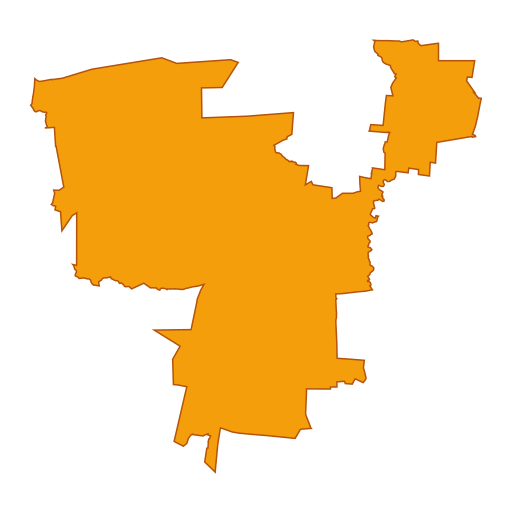 Rincón de Romos, Aguascalientes, Mexico (Albers equal-area conic projection)
{"feature_id": "50627088B44268197461016", "entity_name": "Rincón de Romos", "entity_type": "district", "adm_level": 2, "iso_a3": "MEX", "parent_name": "Mexico", "parent_adm1": "Aguascalientes", "projection": "albers", "projection_center": [-102.306, 22.248], "detail": "fine", "context": "isolated", "style": "filled", "palette": "amber", "viewbox_px": 512, "rotation_deg": 0, "n_neighbors": 0, "source": "geoboundaries", "source_scale": "gbopen_adm2", "svg_char_len": 5982}
<svg xmlns="http://www.w3.org/2000/svg" viewBox="0 0 512 512"><path d="M215.2,472.1L215.3,470.4L217.8,444.1L220.4,428.0L222.1,428.4L232.3,432.0L239.3,433.2L251.2,434.3L267.2,435.6L295.1,438.4L300.1,429.9L300.5,429.5L301.7,429.1L311.2,428.4L310.7,427.8L310.6,427.3L305.8,414.9L305.6,413.3L306.5,392.0L306.5,388.9L330.5,389.0L330.5,387.0L336.9,387.0L336.9,381.9L344.5,381.3L345.3,383.6L352.3,384.1L355.1,378.8L363.1,382.6L364.5,381.0L366.0,378.8L365.9,377.4L364.0,369.5L363.5,368.3L363.5,366.7L363.7,365.9L364.3,360.3L347.6,359.0L337.1,358.3L336.8,343.1L335.8,321.4L336.1,318.8L336.5,317.2L336.4,314.2L336.6,313.9L336.2,309.3L335.8,299.7L336.8,298.7L336.2,298.2L335.9,297.4L335.8,293.9L337.4,293.9L342.4,293.6L358.0,291.8L365.3,291.2L372.4,289.8L371.1,287.9L369.8,285.6L370.7,285.4L370.9,284.2L370.7,283.4L369.8,282.1L368.8,281.5L367.7,281.5L367.4,281.0L368.0,280.3L369.0,280.1L369.5,279.7L369.5,279.2L367.7,276.3L369.2,275.2L369.9,274.4L370.2,272.9L372.6,271.0L373.4,270.3L373.6,269.6L373.8,268.0L373.6,267.6L372.2,266.1L370.0,265.1L370.1,262.1L369.3,260.9L368.9,258.9L368.1,257.6L368.5,256.0L368.1,254.7L368.2,253.4L368.2,252.4L368.5,252.1L371.4,250.4L371.8,249.4L371.2,248.9L370.5,247.9L370.0,247.6L368.4,247.3L367.9,246.8L368.0,246.1L368.6,245.1L368.6,244.3L369.0,243.3L369.1,243.0L369.8,242.6L370.1,242.1L370.0,240.9L367.9,238.5L367.6,236.7L368.0,236.0L369.7,235.6L370.9,234.4L371.8,234.2L372.1,233.9L372.1,233.0L370.6,230.1L369.4,228.2L368.9,226.9L368.2,225.9L368.2,225.4L368.9,224.4L368.7,223.3L368.9,222.7L369.1,222.5L369.6,222.4L370.8,222.4L372.4,222.9L374.7,222.0L376.0,221.8L376.6,221.4L376.8,221.0L377.5,217.6L378.5,216.2L376.0,215.7L375.4,217.9L373.7,217.6L370.5,214.8L370.4,213.8L372.6,208.8L374.4,208.7L374.8,208.2L373.7,203.9L373.4,201.4L373.6,201.1L375.9,200.4L377.9,200.3L378.9,199.3L379.6,199.4L382.8,201.5L384.1,201.0L384.0,199.5L382.6,198.0L382.7,196.2L381.9,196.2L382.1,194.0L383.0,192.0L381.5,190.9L379.5,189.7L378.2,188.2L378.1,187.8L377.9,186.6L378.7,185.3L381.2,186.3L382.7,186.5L383.3,186.3L384.2,185.2L384.3,184.5L383.9,183.5L383.2,182.2L383.3,181.0L384.3,179.6L385.5,179.9L387.1,181.3L387.6,181.6L389.9,181.3L391.3,180.2L394.0,179.2L394.3,179.0L395.8,175.9L395.7,174.6L395.8,171.7L396.5,171.4L406.0,172.5L408.1,172.9L408.8,168.1L418.6,169.6L418.4,174.5L429.5,176.0L430.2,162.2L435.5,163.1L436.8,142.4L471.7,136.5L472.2,137.2L475.6,136.6L475.2,135.5L472.5,134.4L475.4,126.1L477.6,116.8L480.5,101.8L481.3,98.3L480.0,98.2L478.5,98.3L478.3,97.8L473.8,92.5L474.8,92.6L466.6,80.8L467.4,77.0L472.0,77.4L474.7,60.7L438.5,60.7L438.5,43.3L436.9,43.4L422.2,45.5L420.7,45.6L418.2,43.3L417.8,41.0L415.5,41.4L413.1,39.9L401.4,41.9L399.4,41.0L396.0,41.0L386.9,40.6L385.0,40.6L384.6,40.7L375.5,40.5L375.0,40.3L373.7,40.3L375.0,41.3L374.5,42.7L373.6,47.1L374.8,51.4L378.1,54.3L377.9,55.4L380.5,56.7L381.8,57.7L382.2,60.2L383.2,62.3L385.7,63.9L390.4,65.5L390.7,67.7L392.8,70.9L394.3,73.6L396.1,74.1L394.8,76.3L394.8,76.8L396.3,77.9L392.7,83.0L390.8,87.4L392.9,95.8L386.4,95.5L385.4,102.9L383.1,125.4L370.8,124.6L369.8,128.7L369.7,129.8L369.1,131.1L387.8,132.6L387.9,132.1L389.8,132.4L388.7,135.2L387.1,142.1L385.2,141.9L384.9,143.8L384.3,144.7L383.2,148.7L383.8,152.1L385.1,153.2L384.8,169.7L372.5,167.9L372.6,168.3L371.3,173.5L371.7,173.6L370.9,178.6L370.0,178.4L370.0,178.6L363.9,177.4L359.6,176.4L359.9,183.6L360.5,191.3L357.6,191.7L352.9,193.3L342.4,193.3L335.9,198.0L332.2,198.4L331.9,187.7L313.5,184.9L312.8,184.6L311.3,181.4L305.3,184.9L308.6,165.6L299.2,165.5L296.1,164.3L296.5,164.1L296.3,163.1L295.1,162.1L293.4,162.2L292.5,161.3L292.2,161.4L291.8,161.1L291.2,161.3L291.0,161.7L289.9,161.2L289.2,161.7L288.1,160.5L287.5,160.0L286.3,159.5L285.7,158.9L285.1,158.2L284.2,157.5L281.9,155.6L281.4,154.4L279.3,153.3L279.1,153.0L278.2,152.7L276.9,153.0L275.7,152.3L274.8,149.1L274.9,146.2L273.9,145.5L274.1,145.0L275.9,144.2L280.3,141.8L282.8,140.3L284.5,139.8L285.9,139.1L286.8,139.0L287.2,136.7L291.8,134.4L293.5,112.6L247.0,116.2L201.9,117.9L201.5,87.9L222.2,87.5L238.2,62.4L230.6,59.7L176.7,63.4L161.8,57.8L91.9,69.2L62.4,78.2L51.7,79.7L51.7,79.4L50.6,79.5L45.0,80.6L39.5,81.5L36.5,80.1L34.8,78.6L34.4,86.1L33.3,94.6L32.9,96.2L32.2,101.2L32.2,102.4L31.8,103.9L30.7,105.2L31.3,105.6L31.6,106.7L32.7,107.8L33.9,110.3L34.9,111.4L35.6,111.8L36.2,111.8L37.9,111.0L39.3,110.6L40.3,110.6L41.7,111.5L42.5,111.8L43.9,112.2L46.2,112.2L46.7,112.8L46.5,113.5L45.8,114.5L45.6,115.2L46.1,116.0L46.1,116.7L45.4,121.0L46.6,125.2L47.3,126.6L46.8,127.5L46.2,127.5L44.9,128.0L54.4,127.4L55.6,146.3L56.1,146.3L63.8,187.2L59.0,190.3L53.7,190.1L54.7,193.3L53.3,199.5L52.8,202.5L51.3,204.4L53.3,205.7L55.7,206.2L55.0,209.9L60.5,211.7L61.9,230.8L72.2,215.7L76.7,212.8L76.6,265.3L72.8,264.5L73.7,265.6L74.8,269.4L76.1,270.3L76.4,270.9L76.5,271.8L75.2,274.8L75.3,275.9L78.0,277.1L79.1,278.5L83.9,277.9L86.8,278.8L89.0,278.9L90.5,280.0L90.7,280.6L91.0,281.8L91.5,282.8L92.1,283.8L93.4,285.0L99.3,285.9L98.6,281.9L101.4,280.1L102.1,279.0L102.9,278.3L104.2,277.9L107.2,277.8L109.7,277.0L110.7,277.1L111.1,278.6L112.7,279.2L113.9,280.0L115.9,280.7L117.0,280.7L117.9,281.0L118.3,281.4L119.2,283.0L119.8,283.4L121.1,282.9L122.0,283.5L123.9,285.1L124.6,286.5L125.5,286.7L128.7,286.5L130.1,287.4L131.6,288.9L143.8,283.2L150.5,287.9L152.5,287.8L156.4,288.0L157.0,288.8L158.3,289.7L159.8,290.1L160.0,289.3L160.7,288.9L161.2,288.2L163.2,288.3L165.5,288.6L167.1,289.6L167.8,288.8L170.2,289.1L172.3,288.9L174.8,289.0L174.8,288.8L182.4,289.5L183.8,289.3L186.2,288.3L188.2,288.0L191.7,287.0L197.9,286.1L204.0,284.3L200.8,290.0L197.3,299.0L196.7,302.7L191.1,329.6L154.2,330.1L180.1,346.2L172.7,359.2L172.7,359.6L172.4,359.3L172.7,359.9L173.4,384.6L176.9,384.8L186.8,386.7L174.1,441.4L183.4,446.2L186.8,443.4L188.3,438.6L190.7,435.2L192.6,434.1L193.0,434.2L192.9,434.6L203.2,436.0L203.6,435.8L204.0,435.3L207.9,433.9L207.7,434.8L210.6,435.9L209.3,439.0L208.8,439.0L208.1,441.9L208.1,442.0L208.4,442.0L207.9,448.0L206.8,448.2L204.7,462.0L215.2,472.1Z" fill="#f59e0b" stroke="#b45309" stroke-width="1.5"/></svg>